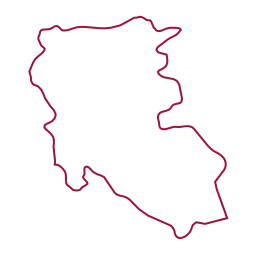 Médéa, Mercator projection, rotated 269°
{"feature_id": "DZA-2213", "entity_name": "Médéa", "entity_type": "Province", "adm_level": 1, "iso_a3": "DZA", "parent_name": "Algeria", "parent_adm1": "", "projection": "mercator", "projection_center": [2.97, 35.965], "detail": "fine", "context": "isolated", "style": "outline", "palette": "rose", "viewbox_px": 256, "rotation_deg": 269, "n_neighbors": 0, "source": "natural_earth", "source_scale": "10m", "svg_char_len": 2531}
<svg xmlns="http://www.w3.org/2000/svg" viewBox="0 0 256 256"><g transform="rotate(269 128 128)"><path d="M30.8,203.4L32.5,194.9L31.5,193.1L29.7,191.1L24.3,188.9L21.8,187.2L18.7,183.6L17.4,180.4L17.0,177.7L17.7,175.7L19.4,174.0L21.8,173.0L24.5,172.6L27.2,171.3L29.6,169.2L40.1,146.5L46.6,137.6L56.2,128.5L58.2,125.8L59.4,123.3L60.5,118.9L61.3,116.5L62.3,114.9L63.6,113.5L79.2,103.3L80.6,100.9L82.6,96.0L84.5,92.6L89.4,88.0L90.1,86.1L89.8,84.7L89.0,84.0L87.8,83.7L82.6,83.7L80.1,82.3L79.1,82.4L78.0,83.0L74.7,86.0L73.8,86.4L73.2,86.5L72.9,86.3L72.4,85.9L71.3,84.3L70.5,82.7L69.6,81.2L67.2,79.1L66.8,78.2L66.4,76.7L66.6,73.7L67.1,72.0L68.1,70.8L70.0,68.9L71.5,66.9L72.5,65.9L73.8,65.3L83.0,65.0L85.6,64.1L88.1,62.4L90.7,59.8L92.0,57.8L92.5,56.4L92.7,54.1L96.1,54.5L111.0,53.2L114.3,53.7L117.2,53.7L120.4,53.0L122.7,51.4L124.9,49.5L128.4,45.6L130.1,44.4L132.2,44.8L133.5,46.6L134.7,49.5L136.3,52.4L138.7,54.6L141.1,55.7L143.1,55.9L144.8,55.3L147.4,53.9L151.6,50.5L159.0,45.7L164.3,43.7L168.0,41.8L171.1,38.9L172.2,36.7L172.9,34.6L174.2,33.2L176.7,32.0L180.5,31.8L186.2,30.4L195.0,34.2L198.2,36.2L201.0,39.1L204.6,43.8L207.2,45.7L208.9,46.1L211.1,43.6L212.5,42.4L217.4,40.3L218.8,39.9L220.2,40.0L223.8,41.4L225.7,41.8L227.2,42.9L227.9,45.0L228.0,48.7L228.4,52.0L231.0,56.7L231.3,58.7L230.2,60.5L227.4,63.2L226.7,64.3L226.6,66.2L226.9,69.5L229.2,77.0L229.8,80.6L229.9,85.8L228.2,102.1L228.1,107.0L228.5,112.3L230.7,121.9L238.1,136.1L238.2,138.3L239.0,142.3L238.5,144.0L237.7,145.7L235.6,148.6L235.2,151.9L234.3,152.9L228.4,155.3L225.0,158.1L224.3,160.3L224.7,163.0L226.5,167.4L227.2,170.0L227.5,172.9L227.2,178.9L226.6,181.4L225.3,182.5L222.4,180.2L220.6,178.2L219.2,175.8L217.7,172.6L215.8,169.2L208.6,159.5L206.9,158.2L205.4,157.8L203.9,158.8L202.9,160.0L200.7,167.9L194.3,168.6L192.0,168.2L189.6,167.3L188.0,165.7L186.8,163.8L184.8,159.8L183.6,159.0L182.0,159.4L179.9,161.4L178.2,164.4L176.1,174.3L174.8,176.9L173.2,178.4L170.4,180.0L156.0,182.6L153.5,181.9L152.1,180.5L151.0,175.6L150.4,173.8L149.5,172.7L146.6,170.6L145.5,169.0L144.7,166.9L143.6,162.5L142.8,160.5L140.8,158.7L137.7,158.0L133.1,159.1L130.4,159.3L128.5,159.7L127.2,160.4L126.2,162.5L126.2,165.2L126.8,168.0L128.2,173.1L128.4,175.0L128.1,178.7L128.2,180.2L128.8,185.6L128.8,188.2L128.4,190.4L127.7,192.1L126.1,193.9L108.3,208.0L105.6,210.7L103.9,212.7L103.2,213.9L100.6,218.4L98.8,220.8L96.6,222.9L94.2,224.3L91.6,225.0L89.0,225.1L86.5,224.4L84.3,223.3L72.9,214.3L72.5,214.2L65.1,215.7L36.2,225.6L30.8,203.4Z" fill="none" stroke="#9f1239" stroke-width="2"/></g></svg>